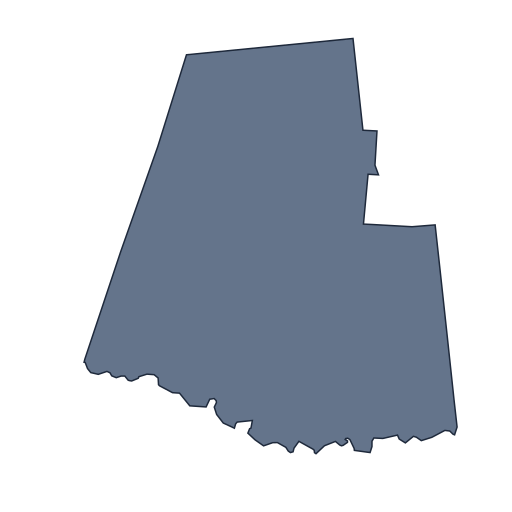 Hidalgo, Texas, United States of America, rotated 354°
{"feature_id": "52423323B17892136313191", "entity_name": "Hidalgo", "entity_type": "district", "adm_level": 2, "iso_a3": "USA", "parent_name": "United States of America", "parent_adm1": "Texas", "projection": "albers", "projection_center": [-98.203, 26.412], "detail": "fine", "context": "isolated", "style": "filled", "palette": "slate", "viewbox_px": 512, "rotation_deg": 354, "n_neighbors": 0, "source": "geoboundaries", "source_scale": "gbopen_adm2", "svg_char_len": 1421}
<svg xmlns="http://www.w3.org/2000/svg" viewBox="0 0 512 512"><g transform="rotate(354 256 256)"><path d="M389.4,144.3L375.5,142.1L375.2,49.8L207.9,48.6L169.8,136.8L122.0,237.3L75.0,340.7L73.9,343.7L75.0,344.0L76.7,350.4L79.5,354.7L86.8,357.2L95.7,355.2L98.6,356.9L100.0,360.1L104.3,362.4L109.3,361.3L113.0,361.7L115.9,366.2L117.4,366.8L119.3,367.3L126.1,365.3L126.9,363.8L135.2,362.1L142.3,363.4L145.9,367.1L145.6,373.8L146.5,375.0L158.7,383.2L165.6,384.4L174.5,398.1L190.6,400.9L195.0,393.6L199.5,393.4L201.3,395.7L201.3,397.7L198.7,401.9L200.3,409.5L206.0,418.7L213.9,423.4L216.5,425.0L218.2,420.8L219.9,419.2L235.2,419.2L233.0,426.6L231.6,427.1L229.4,431.3L235.8,438.7L243.7,445.6L253.1,443.4L257.8,443.8L265.7,449.4L266.4,450.8L267.7,453.4L269.7,455.1L272.4,454.6L273.7,451.1L279.3,444.8L292.4,454.0L293.6,455.3L293.6,457.7L295.0,458.9L304.2,451.9L304.8,451.7L315.6,448.7L319.6,452.8L321.2,453.7L322.9,453.4L327.5,450.9L327.7,449.5L325.5,447.8L326.1,446.9L328.2,446.8L330.2,448.4L333.5,457.7L333.5,459.6L348.9,463.4L351.4,457.7L352.0,452.3L354.2,449.3L363.1,450.7L378.0,448.9L379.3,453.0L385.0,457.5L393.7,451.8L396.6,453.0L401.1,456.9L411.9,454.7L425.6,449.2L430.4,450.3L433.3,453.8L434.8,454.6L438.1,447.1L437.9,419.0L437.9,413.6L437.8,357.7L437.6,291.6L437.4,243.8L414.2,243.2L374.1,236.7L366.2,235.5L376.0,186.4L386.3,188.1L383.8,178.1L389.4,144.3Z" fill="#64748b" stroke="#1e293b" stroke-width="1.5"/></g></svg>